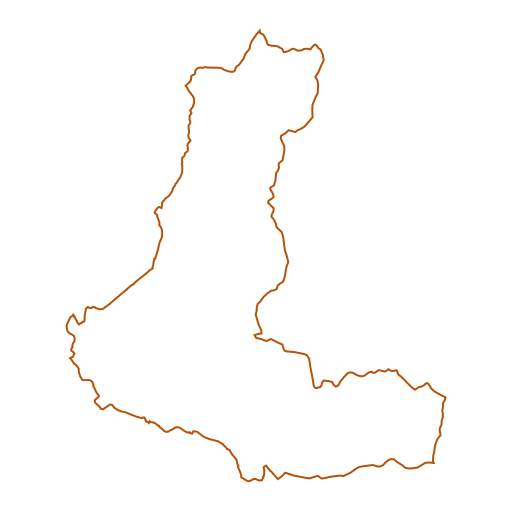 Obreja, Caras-Severin, Romania (Mercator projection)
{"feature_id": "2599482B72283676836443", "entity_name": "Obreja", "entity_type": "district", "adm_level": 2, "iso_a3": "ROU", "parent_name": "Romania", "parent_adm1": "Caras-Severin", "projection": "mercator", "projection_center": [22.258, 45.515], "detail": "fine", "context": "isolated", "style": "outline", "palette": "amber", "viewbox_px": 512, "rotation_deg": 0, "n_neighbors": 0, "source": "geoboundaries", "source_scale": "gbopen_adm2", "svg_char_len": 5986}
<svg xmlns="http://www.w3.org/2000/svg" viewBox="0 0 512 512"><path d="M433.8,463.0L433.0,460.8L433.3,455.5L434.3,451.6L434.6,447.6L435.9,442.9L437.7,438.5L440.4,435.5L440.5,434.0L439.9,432.1L439.7,430.1L439.9,428.1L441.5,424.7L441.7,420.7L442.9,416.8L442.8,413.7L442.2,410.5L442.9,407.9L443.0,403.6L443.6,402.0L444.6,400.7L445.5,397.3L439.8,394.5L434.3,391.3L431.3,388.5L428.7,384.3L427.6,383.2L425.9,383.4L423.8,385.4L421.0,386.7L419.0,387.1L414.9,389.7L412.4,387.9L410.5,386.1L400.8,376.3L398.7,374.9L397.8,373.5L396.7,370.4L395.3,370.4L393.6,371.0L391.7,371.1L388.3,369.2L386.8,370.6L384.9,371.6L378.8,370.1L374.4,373.0L372.6,372.5L371.1,371.6L368.5,372.7L364.0,375.9L361.2,376.4L356.8,375.1L352.8,372.8L350.4,372.3L347.8,373.2L344.0,377.0L340.5,381.2L338.4,385.2L336.9,386.3L335.4,386.5L333.4,384.5L332.3,382.0L328.1,381.0L323.8,380.5L322.3,382.2L321.4,385.5L320.2,387.1L318.5,387.4L316.8,388.2L314.8,387.7L313.8,385.9L312.2,376.3L310.3,366.7L309.2,358.9L306.7,355.1L303.5,353.9L294.4,352.1L286.6,351.4L284.8,350.9L283.6,349.0L282.4,344.6L276.6,342.0L271.0,339.0L266.3,341.1L261.1,339.0L256.2,338.0L254.6,335.1L257.9,334.0L261.4,333.5L261.4,330.7L258.6,324.5L255.7,314.6L256.7,310.6L256.8,307.3L257.6,304.1L260.2,301.5L263.5,297.0L266.8,293.9L271.2,290.7L274.3,290.3L276.8,288.8L277.6,285.7L279.5,283.9L282.7,282.1L284.2,279.2L286.5,266.7L288.3,262.2L286.8,256.2L284.9,250.3L283.1,236.6L281.8,232.2L276.6,227.2L275.9,223.8L274.4,220.6L273.1,218.5L271.4,216.8L271.9,214.4L273.6,210.9L273.5,208.0L268.1,202.9L268.7,200.6L271.3,199.0L273.6,197.1L273.2,194.4L270.2,188.9L270.4,187.5L273.8,185.6L274.0,185.1L275.3,180.9L276.2,172.9L277.8,170.9L279.1,167.6L278.5,165.5L279.0,163.2L282.6,160.2L284.3,151.0L284.3,146.4L280.7,138.5L281.2,135.7L285.2,133.4L288.6,130.3L291.9,131.0L295.1,132.1L297.9,130.1L301.1,128.7L304.6,126.5L312.6,117.3L312.3,111.3L312.4,105.3L314.8,99.0L317.7,92.9L318.2,84.4L317.4,80.5L315.4,76.9L318.4,72.2L320.9,66.2L323.7,60.3L322.8,54.9L320.6,49.5L318.7,48.4L316.1,44.9L314.4,44.8L312.2,47.0L310.4,49.4L306.5,48.7L303.7,49.1L301.9,50.3L297.9,50.7L293.6,48.7L292.0,49.0L288.1,51.2L283.8,52.3L282.1,48.8L277.0,46.1L271.3,45.7L267.7,44.7L266.3,40.4L263.5,34.8L260.0,32.9L259.7,30.7L256.4,34.4L251.7,41.3L250.3,44.7L249.7,48.0L249.1,49.4L245.4,53.8L243.6,58.4L242.4,60.3L239.2,64.6L236.4,66.7L235.6,68.1L235.1,70.1L234.0,71.3L232.4,71.9L228.8,71.4L224.8,70.2L221.4,68.2L219.7,67.8L207.1,67.5L205.3,67.1L202.8,67.7L199.6,67.7L198.2,68.0L196.6,69.0L195.3,70.9L195.1,73.5L194.5,74.3L191.6,75.7L191.3,76.2L190.9,80.0L190.3,81.3L185.6,85.8L187.2,87.8L189.1,91.3L192.6,95.8L193.6,97.5L194.2,99.8L194.1,102.8L192.9,106.6L190.2,110.4L191.5,113.1L191.0,114.0L189.8,115.2L189.5,116.8L189.6,119.5L190.3,121.6L190.2,123.0L188.8,125.4L188.5,126.8L189.0,131.7L188.3,136.2L188.7,137.9L190.4,140.1L190.4,140.9L188.0,143.5L187.3,145.7L187.8,147.0L187.9,149.9L187.5,151.3L185.1,153.1L184.4,155.9L182.2,158.0L182.0,159.8L182.3,162.5L181.8,163.7L182.3,166.1L182.2,171.4L181.6,174.0L180.4,176.9L176.4,183.1L175.6,183.6L175.1,185.2L172.8,188.7L172.4,190.7L169.7,195.1L168.0,196.7L165.7,198.2L162.4,202.3L162.0,203.0L162.1,205.8L161.6,206.6L161.4,208.0L159.3,207.0L158.0,207.5L156.1,209.7L155.1,211.5L154.7,212.5L154.9,213.2L157.1,214.9L157.2,216.7L157.7,217.6L159.5,222.7L159.2,224.9L160.7,226.9L162.0,230.1L162.2,234.0L161.9,237.0L159.5,242.8L157.7,250.6L156.1,255.7L155.3,257.4L155.5,258.0L155.0,258.7L154.3,258.8L154.2,260.4L153.5,262.0L153.5,263.1L153.2,265.4L152.9,266.5L152.5,266.9L152.7,268.3L151.8,269.2L150.5,269.6L145.9,273.7L137.9,280.0L134.4,282.9L134.1,283.8L130.4,286.0L126.4,289.6L126.6,289.7L121.5,293.7L108.3,305.0L102.7,309.0L100.4,309.3L99.4,309.1L96.4,308.3L95.3,307.8L95.0,307.4L93.2,306.7L92.9,307.2L90.9,308.1L89.2,307.7L87.8,307.0L85.8,308.8L85.7,310.3L84.6,316.2L84.7,318.8L84.3,321.5L82.4,321.9L81.8,323.1L79.6,323.6L79.0,324.4L77.4,322.6L76.9,320.9L75.8,319.6L74.7,316.8L74.2,316.9L73.5,314.9L73.2,314.6L72.1,316.0L70.6,316.9L67.9,322.2L66.5,326.0L67.4,330.7L68.2,332.0L70.0,333.7L71.0,334.0L73.8,335.8L74.6,338.2L74.5,340.7L74.3,341.5L72.8,343.7L72.4,345.5L72.5,347.5L71.6,348.1L71.2,350.1L71.4,350.7L73.2,352.0L74.4,353.5L72.8,356.8L70.1,358.1L72.5,361.1L74.0,363.7L76.0,364.9L78.7,368.6L78.7,371.1L79.1,372.9L80.1,376.2L82.0,379.5L82.7,380.0L84.5,380.2L89.1,380.0L91.2,380.9L92.6,382.5L93.5,385.0L93.3,386.1L93.5,386.9L94.0,387.4L95.2,389.6L95.5,390.7L97.0,393.3L98.9,395.6L98.7,396.7L95.1,399.8L94.7,401.2L94.8,401.7L95.4,402.8L100.1,407.3L100.7,408.7L103.0,409.3L109.7,404.7L111.9,404.7L114.2,407.6L117.7,410.0L121.9,411.6L124.5,412.0L135.4,416.3L140.3,417.8L142.0,418.0L142.7,417.5L144.3,417.5L145.4,419.4L145.4,420.1L146.0,420.7L146.0,421.5L148.1,422.2L148.8,423.1L149.3,422.2L149.3,421.6L149.6,421.3L150.0,421.9L153.2,422.6L153.3,422.4L155.3,423.3L158.1,425.6L159.2,425.9L159.5,426.9L162.6,429.4L163.6,430.6L166.1,431.9L168.4,431.6L170.8,430.0L173.0,429.2L174.9,427.6L177.4,427.2L178.8,427.4L180.8,428.4L184.9,431.3L187.6,432.6L189.4,432.2L189.6,432.3L189.4,432.7L189.8,433.0L192.2,433.6L193.2,431.3L197.0,431.7L203.7,436.8L208.9,438.9L217.9,441.2L223.3,444.4L223.3,444.9L226.2,447.7L227.1,449.2L227.9,449.1L229.7,450.3L231.7,453.9L236.2,459.3L237.2,462.2L237.1,463.0L237.3,463.8L238.4,466.1L237.9,466.7L238.1,467.2L240.9,474.0L241.3,475.3L241.2,477.3L247.3,480.9L248.5,481.3L250.5,480.7L253.2,479.1L255.2,478.9L259.4,480.6L261.5,480.1L261.8,480.3L263.4,477.3L263.1,476.6L263.6,476.4L264.2,474.0L264.2,469.7L263.6,467.2L266.2,465.6L269.9,470.6L271.4,471.7L277.8,479.1L282.0,476.1L285.3,472.7L293.9,475.6L303.8,477.5L309.5,478.4L316.3,476.2L318.4,476.1L320.5,477.9L322.0,478.5L325.6,478.0L329.1,477.0L337.9,475.8L341.1,475.6L343.4,476.1L350.5,472.7L356.3,468.5L359.7,466.8L372.8,465.0L377.8,466.5L380.3,466.4L383.1,465.1L385.3,462.6L387.9,460.5L390.2,459.3L391.0,459.2L393.9,459.3L396.6,461.7L402.7,465.5L404.2,467.0L405.9,467.9L407.5,468.3L410.7,468.5L417.4,467.6L425.4,462.8L429.6,462.5L433.8,463.0Z" fill="none" stroke="#b45309" stroke-width="2"/></svg>